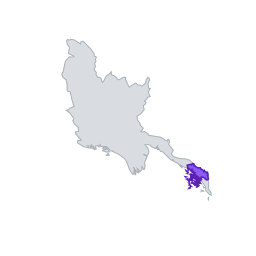 Myeik, Tanintharyi, Myanmar shown in context, rotated 320°
{"feature_id": "60261553B82376991609151", "entity_name": "Myeik", "entity_type": "district", "adm_level": 2, "iso_a3": "MMR", "parent_name": "Myanmar", "parent_adm1": "Tanintharyi", "projection": "mercator", "projection_center": [98.426, 12.423], "detail": "fine", "context": "in_parent", "style": "filled", "palette": "violet", "viewbox_px": 256, "rotation_deg": 320, "n_neighbors": 0, "source": "geoboundaries", "source_scale": "gbopen_adm2", "svg_char_len": 9579}
<svg xmlns="http://www.w3.org/2000/svg" viewBox="0 0 256 256"><g transform="rotate(320 128 128)"><path d="M165.2,118.2L162.7,117.0L160.9,118.1L158.0,117.7L158.3,120.1L156.7,120.9L153.9,120.7L152.2,124.4L146.4,125.4L142.5,124.7L140.4,128.0L140.3,131.8L139.2,134.0L139.6,137.9L137.2,138.9L135.6,138.7L136.5,140.5L138.4,141.3L139.6,145.3L139.2,146.9L147.1,156.1L149.5,163.4L151.3,162.4L151.9,163.1L151.2,165.0L148.7,166.5L148.4,174.1L144.4,175.9L144.5,178.5L145.0,180.3L148.5,185.3L152.4,188.8L154.6,192.4L155.0,197.8L154.4,200.0L155.5,203.2L157.5,205.3L159.7,213.8L155.2,221.2L150.5,226.1L149.9,231.2L148.4,232.9L147.7,231.3L147.4,225.9L149.6,222.5L150.3,215.9L151.8,214.5L151.0,213.8L149.2,214.2L149.8,208.9L148.8,208.7L149.7,207.5L148.6,198.6L145.0,192.3L144.5,189.5L144.0,193.2L143.6,192.5L143.4,187.5L141.4,182.1L141.6,181.6L142.6,182.1L141.7,180.8L141.0,181.1L140.3,179.8L139.3,168.4L137.9,166.8L138.4,161.9L139.4,160.7L135.7,161.2L133.9,157.1L133.8,154.8L130.0,151.3L130.6,152.4L130.0,153.6L130.6,155.5L129.1,159.1L127.6,160.7L125.5,161.4L123.9,160.4L123.5,158.5L122.9,158.5L124.4,162.1L118.3,165.2L117.4,167.3L114.3,170.2L113.4,169.8L113.8,166.0L112.0,169.0L109.5,169.1L109.0,165.0L108.0,167.4L106.5,168.1L106.9,161.3L106.5,163.3L104.1,166.0L101.8,166.9L102.3,161.3L105.4,152.4L105.7,149.4L104.0,142.3L101.2,136.3L102.0,136.2L100.1,134.5L99.9,130.0L98.7,131.6L98.6,134.4L96.2,132.9L93.9,129.0L94.8,128.7L97.5,130.5L99.0,129.5L99.4,128.2L95.2,124.4L96.2,122.8L94.9,122.9L91.3,121.0L90.3,121.4L90.8,123.0L90.0,123.5L88.6,121.0L89.7,119.8L88.8,119.7L89.3,117.5L89.0,117.2L87.4,120.1L86.4,119.4L87.5,117.9L87.0,117.1L85.5,115.4L85.6,118.5L81.9,113.6L79.8,107.0L81.4,105.3L84.3,107.3L84.1,99.1L85.3,97.3L88.2,98.8L89.1,96.7L90.3,96.1L89.5,90.5L90.4,86.8L92.4,86.2L92.8,83.2L93.1,79.2L92.1,74.7L93.9,75.8L96.0,75.4L100.7,76.9L102.5,71.7L107.0,63.1L105.3,61.1L105.6,59.9L109.5,55.3L111.5,51.3L110.7,47.6L111.5,44.6L115.1,42.7L122.9,36.6L128.7,35.7L131.1,38.1L132.7,38.3L130.3,32.6L135.2,28.4L135.1,25.0L137.4,21.4L138.7,21.5L139.9,23.3L141.2,23.3L143.4,25.9L145.6,33.1L147.2,31.8L149.4,32.8L150.3,43.4L149.7,49.5L148.4,50.9L149.4,53.4L147.4,54.3L146.0,56.7L143.9,56.9L142.5,60.2L140.4,60.7L139.3,63.2L139.5,65.2L137.9,66.3L137.3,69.7L138.8,71.0L139.2,72.8L137.7,76.5L139.0,76.7L144.6,74.2L148.6,74.6L151.3,74.0L149.6,76.6L151.3,79.9L151.6,85.0L157.6,86.4L158.6,87.7L157.3,89.2L155.2,97.4L163.0,98.5L163.2,101.6L164.9,102.7L165.1,104.5L166.2,105.0L170.4,104.9L172.8,102.8L176.0,101.9L176.2,103.7L175.5,105.0L172.0,106.8L169.6,110.5L169.5,111.3L170.6,112.0L166.5,113.5L165.2,118.2ZM96.3,126.9L98.8,128.4L98.3,129.5L96.8,129.5L95.5,127.6L96.3,126.9ZM145.7,203.9L147.3,206.2L145.7,207.7L145.7,203.9ZM96.1,136.8L94.8,136.0L93.9,134.8L96.6,134.8L96.1,136.8ZM148.0,213.5L148.0,216.4L147.0,216.1L146.4,213.7L148.0,213.5ZM105.5,166.8L103.8,168.8L103.5,167.1L105.8,164.8L105.5,166.8ZM137.8,164.2L136.8,163.6L136.7,161.9L137.4,161.4L138.1,162.2L137.8,164.2ZM144.7,217.1L144.5,216.1L145.6,213.8L145.4,215.8L144.7,217.1ZM144.2,222.6L145.5,224.8L145.3,225.2L144.0,223.5L143.2,223.6L144.2,222.6ZM148.9,211.9L147.5,212.5L147.4,210.4L148.9,211.9ZM145.5,232.7L143.6,234.6L143.9,233.5L145.5,232.7ZM88.2,121.3L88.9,123.8L87.7,120.9L88.2,121.3ZM145.8,199.3L145.7,201.1L145.2,198.1L145.8,199.3ZM93.9,123.1L94.1,124.6L93.1,122.4L93.9,123.1ZM143.8,209.7L142.8,208.8L143.1,208.2L143.7,208.3L143.8,209.7ZM143.1,207.1L142.4,208.3L141.7,207.6L142.3,207.0L143.1,207.1ZM143.2,214.3L143.3,215.4L142.5,212.9L143.2,214.3ZM108.0,169.1L107.3,169.0L108.3,167.8L108.4,168.3L108.0,169.1ZM148.2,222.8L147.5,222.6L148.0,221.4L148.2,222.8Z" fill="#d9dde1" stroke="#a8b0b8" stroke-width="1"/><path d="M148.4,196.2L147.6,197.6L148.1,197.7L148.2,198.1L148.5,197.9L148.8,199.6L148.7,200.7L149.0,200.8L149.2,200.6L149.6,200.6L148.7,201.1L149.2,201.9L149.2,202.4L149.7,202.6L149.3,202.6L149.3,202.9L150.1,202.5L149.7,203.2L149.0,203.0L149.1,203.4L149.7,203.5L149.7,203.2L149.8,203.1L149.7,203.7L149.9,204.0L149.5,203.8L149.3,204.3L149.8,204.2L149.5,204.4L149.8,204.6L149.7,204.9L149.4,204.4L149.1,205.0L149.4,205.0L149.5,205.1L149.1,205.1L149.0,205.3L149.9,205.4L149.7,205.7L150.5,206.1L149.6,205.8L148.8,206.2L149.1,207.1L150.1,207.6L149.8,207.6L149.2,207.1L148.8,206.9L148.7,207.0L148.6,206.9L148.4,206.8L148.6,207.0L148.3,207.0L148.1,207.5L149.6,207.8L148.4,208.1L148.0,208.5L148.1,208.9L148.8,209.2L149.1,208.8L149.9,208.8L150.3,209.3L149.9,209.1L149.3,209.4L149.3,209.6L149.8,209.6L149.9,209.8L149.0,209.9L149.2,210.2L149.3,210.1L149.5,210.0L149.6,210.3L149.6,210.5L149.5,210.1L149.0,210.3L149.6,210.9L150.3,210.6L150.7,211.2L150.1,210.7L149.7,211.1L150.3,211.4L149.9,211.4L150.3,211.8L149.8,211.8L149.9,212.1L148.2,212.5L148.3,212.8L149.3,212.9L149.7,212.6L150.2,212.8L149.6,212.7L149.4,213.0L148.8,213.1L149.2,213.1L149.5,213.4L149.2,213.1L148.9,213.7L149.1,213.6L149.6,213.9L149.0,213.7L148.7,214.0L148.9,214.5L149.8,215.0L149.9,214.1L150.0,214.4L151.1,213.0L150.8,214.0L151.4,214.4L151.6,213.6L152.5,212.6L152.8,212.7L154.8,215.6L154.3,216.6L154.8,218.1L155.1,218.6L156.5,218.9L157.4,218.1L157.4,217.3L158.2,216.5L158.2,215.5L159.2,215.5L160.3,213.3L159.9,213.4L159.6,212.7L159.3,212.8L159.5,211.5L158.9,211.2L158.8,210.8L159.2,209.7L158.2,209.9L158.5,209.3L158.3,208.4L157.8,207.6L157.9,206.9L157.4,206.3L157.8,204.9L156.3,203.9L156.2,203.5L155.7,203.4L155.6,202.4L154.9,201.2L155.2,200.5L154.2,199.6L154.5,199.3L154.4,198.2L155.3,198.3L155.4,197.5L154.6,196.7L152.9,197.0L153.1,196.5L152.6,196.1L149.4,194.5L148.7,196.3L148.4,196.2ZM146.2,203.9L145.6,203.8L145.6,205.0L145.9,206.4L145.6,207.6L146.0,207.9L147.3,206.4L147.5,205.1L147.1,204.7L147.2,205.1L147.1,205.7L146.9,205.8L146.5,205.0L146.7,204.4L146.2,203.9ZM148.1,213.6L147.1,213.5L147.4,213.8L147.4,214.0L146.3,213.8L146.6,213.9L146.8,214.0L146.5,214.0L146.5,214.5L146.8,214.4L147.0,214.4L146.3,214.9L146.9,215.6L146.9,216.2L147.6,216.1L148.0,216.7L148.0,215.9L148.3,215.6L148.1,213.6ZM145.5,213.5L145.2,213.6L145.2,214.3L144.7,215.1L145.0,215.4L144.4,216.0L144.7,216.2L144.4,216.6L144.5,217.2L144.1,217.6L144.6,217.7L144.4,217.4L144.8,217.0L145.3,217.2L145.4,214.8L145.8,214.4L145.5,213.5ZM147.2,210.3L146.9,210.4L147.1,211.5L147.4,211.4L147.4,212.7L147.8,212.7L148.1,212.4L147.9,212.3L149.5,212.2L149.6,211.9L149.1,211.8L148.4,211.4L147.9,211.6L147.2,210.3ZM143.7,207.0L143.3,206.6L143.2,206.6L142.8,207.5L142.3,207.6L142.7,206.8L141.8,207.1L141.7,207.7L142.0,207.3L142.1,207.6L141.7,207.9L142.1,207.9L142.5,208.5L142.4,208.0L143.7,207.0ZM143.8,208.3L143.0,208.3L142.9,209.1L144.0,209.9L144.0,209.3L143.5,209.2L143.8,208.3ZM145.1,198.0L144.9,198.7L145.7,201.3L145.4,199.8L145.9,199.5L145.5,199.5L145.1,198.0ZM142.4,212.9L142.3,213.3L142.7,214.1L142.5,214.4L142.8,214.5L142.5,214.7L143.3,215.5L143.0,214.7L143.3,214.2L142.9,214.4L143.1,213.8L142.5,213.5L142.4,212.9ZM147.7,205.7L147.4,206.8L147.6,207.1L147.9,206.8L147.7,206.6L147.9,205.9L147.7,205.7ZM145.1,205.2L144.8,205.5L144.9,206.0L145.5,205.8L145.1,205.2ZM146.9,207.8L147.7,207.3L147.4,207.0L146.9,207.8ZM137.3,213.6L136.7,213.4L136.8,213.7L136.3,213.7L136.8,214.0L137.3,213.6ZM147.9,197.7L147.6,197.9L147.7,198.5L148.1,198.1L147.9,197.7ZM149.7,212.0L149.6,211.6L148.8,211.5L149.0,211.7L149.7,212.0ZM138.9,213.3L138.8,212.5L138.4,212.8L138.9,213.3ZM145.2,212.2L145.0,212.5L145.2,213.0L145.5,212.5L145.2,212.2ZM145.0,211.5L144.8,211.9L145.2,212.2L145.3,211.9L145.0,211.5ZM144.1,207.7L143.4,207.4L143.4,207.7L144.1,207.7ZM141.1,205.2L140.5,205.0L140.8,205.4L141.1,205.2ZM141.1,202.9L140.6,202.3L140.6,202.8L141.1,202.9ZM149.3,209.3L149.8,209.0L149.8,208.8L149.3,208.9L149.3,209.3ZM148.2,198.2L148.1,198.5L148.5,198.7L148.5,198.3L148.2,198.2ZM145.5,213.2L145.1,213.2L145.1,213.5L145.4,213.5L145.5,213.2ZM146.8,212.9L146.7,213.1L146.9,213.3L147.1,213.0L146.8,212.9ZM139.1,210.8L138.6,210.9L138.6,211.2L139.1,210.8ZM146.6,207.9L146.3,207.9L146.5,208.5L146.5,208.2L146.6,207.9ZM146.7,209.8L146.7,209.5L146.6,209.4L146.4,209.7L146.7,209.8ZM147.0,209.4L146.6,209.2L146.8,209.5L147.0,209.4ZM143.2,213.2L142.9,213.5L143.1,213.8L143.2,213.6L143.2,213.2ZM144.1,206.7L143.6,206.8L144.2,206.9L144.1,206.7ZM142.5,211.8L142.0,211.8L142.4,212.1L142.5,211.8ZM149.4,203.1L149.9,202.7L149.3,203.1L149.4,203.1ZM146.3,203.6L146.2,203.3L145.9,202.7L146.0,203.4L146.3,203.6ZM139.9,208.2L140.2,208.3L140.2,208.0L139.9,208.2ZM149.0,203.0L149.2,202.8L148.9,202.7L149.0,203.0ZM139.6,209.8L139.3,209.8L139.4,210.2L139.6,210.1L139.6,209.8ZM147.4,213.2L147.7,213.1L147.5,212.9L147.4,213.2ZM142.4,217.5L142.4,217.3L142.0,217.5L142.4,217.5ZM147.6,207.1L148.0,207.0L147.9,207.0L147.6,207.1ZM142.2,210.7L141.8,210.7L141.9,211.1L142.2,210.7ZM145.1,208.1L145.0,207.5L145.0,208.2L145.1,208.1ZM148.0,208.4L148.2,208.2L147.8,208.3L148.0,208.4ZM148.0,207.8L148.3,207.8L148.2,207.6L148.0,207.8ZM143.7,217.2L143.7,217.6L143.8,217.6L143.9,217.4L143.7,217.2ZM148.1,211.1L148.3,211.1L148.1,211.1ZM147.8,206.6L148.0,206.8L147.9,206.5L147.8,206.6ZM140.5,206.7L140.6,206.4L140.4,206.2L140.5,206.7ZM148.1,198.8L148.2,198.7L148.1,198.8ZM148.5,206.5L148.7,206.4L148.5,206.5ZM144.5,201.3L144.3,201.2L144.4,201.4L144.5,201.3ZM147.4,208.9L147.2,208.9L147.3,209.1L147.4,208.9ZM144.7,213.0L144.4,212.8L144.7,213.0ZM138.7,210.7L138.4,210.8L138.6,210.9L138.7,210.7ZM138.7,213.5L138.7,213.3L138.7,213.5ZM147.3,213.3L147.4,213.0L147.3,213.3ZM139.7,211.4L139.6,211.5L139.7,211.4ZM144.9,207.4L144.6,207.3L144.9,207.4ZM146.9,207.2L147.1,207.2L146.9,207.2ZM142.3,211.2L142.0,211.2L142.3,211.3L142.3,211.2ZM144.0,209.1L143.7,209.0L143.9,209.2L144.0,209.1ZM148.4,206.8L148.8,206.9L148.4,206.7L148.4,206.8Z" fill="#8b5cf6" stroke="#5b21b6" stroke-width="1.5"/></g></svg>